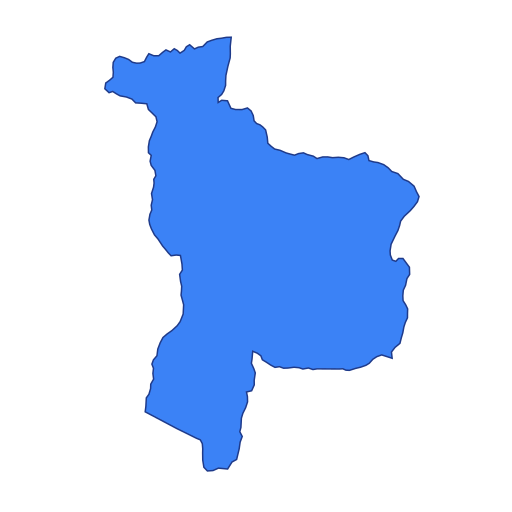 outline of General Salgado, São Paulo, Brazil, rotated 3°
{"feature_id": "56859067B40214897962213", "entity_name": "General Salgado", "entity_type": "district", "adm_level": 2, "iso_a3": "BRA", "parent_name": "Brazil", "parent_adm1": "São Paulo", "projection": "natural_earth1", "projection_center": [-50.427, -20.643], "detail": "fine", "context": "isolated", "style": "filled", "palette": "blue", "viewbox_px": 512, "rotation_deg": 3, "n_neighbors": 0, "source": "geoboundaries", "source_scale": "gbopen_adm2", "svg_char_len": 3263}
<svg xmlns="http://www.w3.org/2000/svg" viewBox="0 0 512 512"><g transform="rotate(3 256 256)"><path d="M153.5,417.4L185.8,432.4L206.0,441.1L210.0,442.5L212.2,446.2L212.9,451.3L213.0,455.3L213.5,462.6L215.0,469.7L218.7,473.2L224.3,472.5L229.6,469.8L238.8,470.2L242.8,463.0L247.3,460.2L249.3,449.4L249.9,442.7L251.7,436.9L249.0,432.3L249.9,428.0L249.9,422.9L249.9,418.7L251.1,413.8L253.6,408.0L255.2,402.1L254.8,396.9L253.6,392.3L258.7,390.8L261.0,384.8L260.7,380.1L261.4,372.8L259.7,368.6L257.0,363.4L257.4,359.4L257.7,351.3L262.4,353.0L266.1,355.4L267.8,359.3L271.9,361.5L276.5,364.2L280.8,366.2L285.2,365.3L289.4,366.6L293.8,366.2L299.8,365.1L304.9,365.3L308.7,366.4L314.2,365.1L318.8,366.4L322.9,365.5L345.0,364.5L348.6,364.1L351.8,365.3L355.3,365.3L361.4,363.0L366.2,361.6L371.5,359.4L374.7,357.2L378.1,353.0L381.9,350.2L386.7,348.2L397.3,351.0L396.3,344.8L399.6,340.0L404.3,335.7L405.4,330.1L406.6,325.1L407.4,319.0L408.6,314.5L410.5,309.8L410.3,305.5L410.2,300.9L408.1,297.0L405.2,292.9L404.7,288.1L404.9,282.4L406.9,277.4L407.9,270.7L410.4,266.3L409.8,259.2L402.9,250.8L398.5,251.0L395.9,254.0L392.3,252.9L390.1,248.0L389.6,243.9L390.3,237.2L393.8,228.8L396.4,223.1L397.8,218.1L398.6,213.6L402.0,208.5L407.7,202.6L411.1,198.3L414.4,193.3L415.7,188.1L412.9,183.4L410.2,178.0L404.4,173.6L399.1,171.7L393.4,166.3L387.1,164.5L383.5,161.1L378.8,158.1L372.9,156.3L368.6,155.9L363.8,154.8L362.5,150.0L359.4,147.1L354.5,149.0L348.5,152.0L343.6,154.8L338.7,153.3L333.1,153.1L327.3,153.8L322.4,153.3L317.4,153.6L311.8,155.5L308.0,153.3L301.8,152.0L298.0,150.5L293.1,151.5L289.2,153.3L285.2,152.5L280.7,151.5L274.5,149.2L269.0,148.2L265.3,145.6L261.9,142.8L261.0,136.7L259.0,129.6L256.0,126.8L253.1,124.8L249.7,123.7L247.0,121.1L245.9,115.9L243.5,111.4L239.7,108.6L234.4,110.5L227.9,110.8L223.2,109.8L219.4,102.5L213.6,102.3L210.2,104.7L209.8,99.7L213.2,96.5L215.2,92.8L216.7,87.2L216.5,82.8L216.5,77.3L218.0,68.0L219.8,59.6L219.8,55.6L219.3,47.9L219.8,38.8L214.9,39.2L210.3,40.3L205.6,41.1L200.5,42.9L196.1,44.8L191.9,49.6L187.4,50.5L183.7,52.4L178.7,48.5L175.5,50.7L173.6,54.4L169.5,57.4L166.7,54.9L163.5,53.3L159.9,56.7L155.3,54.9L152.0,57.6L148.4,61.1L143.5,61.4L138.4,59.6L136.4,63.2L134.4,67.7L130.2,69.4L126.7,69.7L122.4,69.0L118.5,66.4L114.2,64.9L109.4,63.8L105.6,65.8L103.3,70.1L103.2,75.2L103.9,80.0L103.8,85.0L100.5,88.2L96.9,91.1L96.3,96.9L100.7,100.6L104.3,99.2L108.2,101.4L111.9,103.2L118.3,104.0L123.9,105.8L127.8,109.4L132.5,109.4L139.0,109.7L140.9,115.3L148.8,122.2L150.2,127.1L148.8,132.3L146.4,137.7L145.2,141.7L143.5,146.4L142.8,152.6L143.2,158.5L146.1,161.0L145.3,166.9L146.6,171.0L150.6,175.8L151.8,181.2L149.9,184.7L150.4,188.6L150.1,192.6L148.4,199.1L149.7,205.2L148.7,210.8L149.5,215.5L147.9,219.9L147.2,225.7L148.2,230.0L150.1,234.3L153.5,240.2L157.2,244.1L162.3,251.0L164.8,253.6L168.3,257.5L171.2,260.2L176.3,259.2L180.5,259.4L182.5,267.9L183.2,273.9L180.7,278.3L182.0,285.3L183.4,290.1L183.4,294.9L183.2,299.0L184.9,304.1L186.3,308.5L186.3,317.8L183.7,325.5L181.0,329.7L175.9,334.9L171.2,338.6L167.4,342.2L164.9,347.6L162.8,354.1L162.3,360.8L159.0,365.1L157.7,369.4L159.5,373.5L159.2,378.7L160.2,384.3L157.6,389.5L157.7,393.9L156.3,399.7L153.9,403.4L153.9,411.8L153.5,417.4Z" fill="#3b82f6" stroke="#1e3a8a" stroke-width="1.5"/></g></svg>